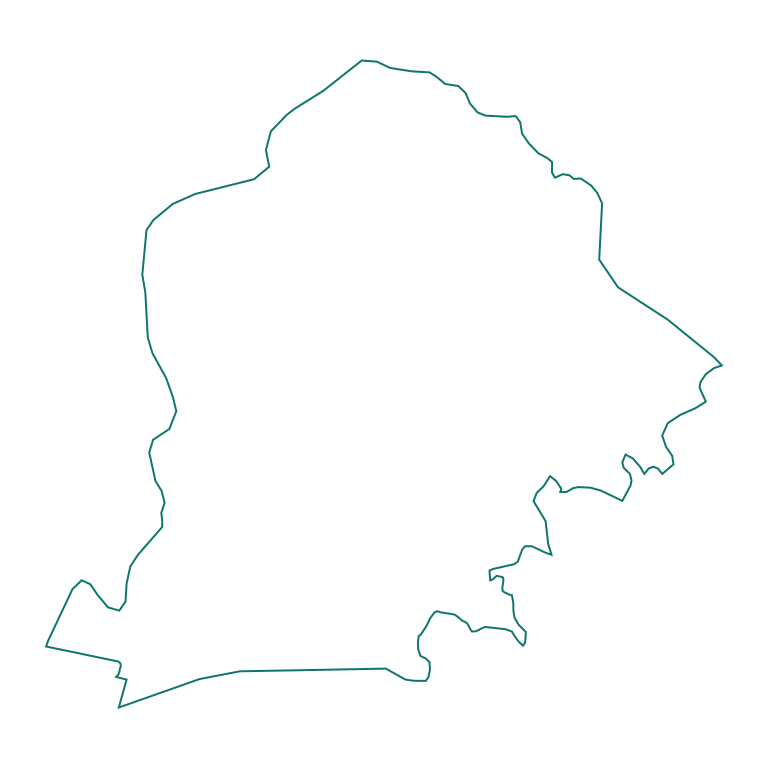 outline of Kompienga
{"feature_id": "BFA-2183", "entity_name": "Kompienga", "entity_type": "Province", "adm_level": 1, "iso_a3": "BFA", "parent_name": "Burkina Faso", "parent_adm1": "", "projection": "orthographic", "projection_center": [0.977, 11.426], "detail": "fine", "context": "isolated", "style": "outline", "palette": "teal", "viewbox_px": 768, "rotation_deg": 0, "n_neighbors": 0, "source": "natural_earth", "source_scale": "10m", "svg_char_len": 2367}
<svg xmlns="http://www.w3.org/2000/svg" viewBox="0 0 768 768"><path d="M721.9,365.5L714.1,368.0L705.7,374.3L700.4,382.2L699.6,387.7L705.8,401.7L695.2,408.3L680.6,414.7L667.8,423.1L662.2,435.6L666.0,446.8L672.2,455.8L673.5,464.3L662.3,473.9L657.8,468.5L653.2,466.7L648.7,468.5L644.3,473.9L640.2,466.9L632.7,458.3L625.5,454.6L622.3,462.5L623.7,467.8L630.0,474.0L631.5,480.5L630.5,485.6L622.3,500.9L600.9,490.6L590.5,487.7L578.3,487.1L572.7,488.3L569.4,490.4L566.0,492.1L560.3,492.0L561.2,488.6L556.3,481.1L550.1,476.2L543.4,486.5L536.7,492.9L533.5,501.1L545.6,521.1L548.1,543.5L551.5,554.8L544.8,552.4L532.0,546.3L525.1,546.2L522.2,549.6L517.8,561.6L514.1,564.2L492.9,569.0L489.5,570.5L490.2,580.4L492.6,579.5L496.7,575.8L502.7,577.2L503.5,579.9L502.3,588.1L502.7,591.1L504.6,592.4L510.7,595.2L511.9,595.2L513.3,603.0L513.4,610.4L514.5,617.6L518.5,624.6L525.9,632.1L525.1,642.7L523.0,645.7L518.3,641.2L513.7,634.7L511.9,631.5L505.4,629.2L485.5,627.0L483.0,627.7L476.0,631.3L471.9,631.5L470.8,630.0L467.4,623.6L465.5,622.1L462.1,620.7L458.8,617.6L454.5,614.5L440.3,612.3L437.3,611.2L434.5,612.4L430.2,618.2L426.4,626.1L420.9,634.5L418.7,636.0L417.9,642.6L418.3,650.0L420.5,656.0L425.7,658.4L429.4,662.0L430.0,669.7L428.4,677.3L425.7,680.9L414.1,680.8L405.5,679.6L385.8,668.6L302.0,670.2L239.9,671.3L199.4,679.1L118.8,707.5L126.6,679.6L116.2,676.9L118.5,674.3L119.4,671.6L119.9,668.9L120.8,666.0L120.5,663.9L119.6,662.4L118.2,661.5L46.1,646.5L47.9,641.2L72.5,589.1L81.7,580.3L90.4,584.3L97.7,595.1L108.1,607.4L119.3,610.6L125.5,601.7L126.6,583.5L130.3,566.5L138.1,554.6L162.2,527.0L162.2,519.7L161.3,513.1L164.6,502.5L161.5,490.8L155.4,480.8L149.2,452.5L153.1,439.8L169.4,428.9L176.3,411.2L173.1,397.7L166.1,378.0L152.5,353.3L147.8,337.6L145.3,292.1L142.3,274.8L146.5,230.1L153.4,220.0L172.8,203.9L195.1,194.0L254.1,179.2L269.2,166.7L265.9,150.0L270.9,131.3L286.8,114.8L295.0,108.5L323.3,90.8L361.7,60.5L376.9,61.7L390.3,68.0L411.5,71.3L429.6,72.4L436.8,77.0L445.2,84.0L458.2,86.0L465.6,93.0L469.9,103.4L477.5,112.4L485.4,115.6L506.9,116.8L515.7,116.1L520.2,122.3L522.1,133.7L529.0,143.6L538.5,153.4L547.3,158.1L552.1,162.1L552.0,172.6L555.0,177.7L562.8,174.2L569.2,175.2L573.9,178.9L580.8,178.5L591.1,185.5L597.3,192.9L602.1,203.4L599.2,259.6L618.1,287.4L667.8,319.7L714.0,357.2L720.9,364.5L721.8,365.3L721.9,365.5Z" fill="none" stroke="#0f766e" stroke-width="2"/></svg>